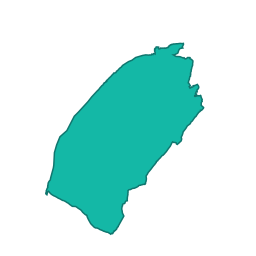 outline of Lørenskog nor, Akershus, Norway, rotated 34°
{"feature_id": "86288312B90903207900290", "entity_name": "Lørenskog nor", "entity_type": "district", "adm_level": 2, "iso_a3": "NOR", "parent_name": "Norway", "parent_adm1": "Akershus", "projection": "orthographic", "projection_center": [10.997, 59.897], "detail": "fine", "context": "isolated", "style": "filled", "palette": "teal", "viewbox_px": 256, "rotation_deg": 34, "n_neighbors": 0, "source": "geoboundaries", "source_scale": "gbopen_adm2", "svg_char_len": 5716}
<svg xmlns="http://www.w3.org/2000/svg" viewBox="0 0 256 256"><g transform="rotate(34 128 128)"><path d="M164.3,56.6L164.2,56.1L164.3,55.7L164.0,55.1L163.9,54.6L163.1,53.9L161.1,53.1L159.8,55.2L159.4,55.6L158.9,56.0L158.5,56.4L159.1,56.7L158.3,58.4L157.8,58.4L157.6,59.4L157.1,60.3L155.6,59.5L155.9,58.9L156.0,58.1L153.4,56.9L152.7,56.9L152.6,56.6L152.4,55.9L152.0,55.3L152.0,55.1L151.8,54.5L151.8,54.2L151.7,53.4L151.3,52.9L151.2,52.5L151.1,52.1L150.7,51.2L150.5,50.8L150.6,50.6L150.6,50.4L150.8,50.1L149.7,48.3L149.8,48.2L149.4,47.7L149.3,47.8L149.0,47.2L148.9,47.0L148.9,46.7L148.7,46.1L148.7,45.8L148.3,45.0L147.8,44.5L147.8,43.9L147.0,41.9L146.7,41.0L146.7,40.5L146.4,39.7L145.4,38.2L144.8,36.8L144.4,36.4L144.3,36.1L142.3,35.6L140.5,35.9L140.2,35.6L140.1,35.0L139.9,35.0L138.6,35.9L138.2,36.0L137.5,37.9L137.2,38.4L136.5,38.8L135.4,38.4L135.1,38.4L135.0,38.7L135.0,38.9L134.5,39.1L131.2,39.8L127.7,41.9L124.8,42.0L125.6,41.3L126.0,40.7L126.2,40.1L127.0,38.9L127.4,37.9L126.6,35.2L126.6,33.8L126.8,32.9L128.7,31.0L127.7,30.7L127.3,27.7L126.6,26.9L125.9,27.6L123.9,28.7L121.9,30.5L120.9,31.2L120.6,31.5L119.6,32.3L119.3,32.6L118.7,32.9L118.4,33.5L118.1,33.6L117.7,34.3L117.3,34.4L117.1,35.2L116.9,35.5L116.6,35.5L116.5,36.5L116.4,36.8L116.1,37.0L116.2,37.5L116.3,37.9L116.3,38.3L116.1,38.6L116.1,38.9L115.8,38.9L115.3,40.0L115.1,40.1L114.7,40.8L114.0,41.3L113.8,41.1L112.6,42.1L112.4,42.3L111.9,42.5L111.2,43.1L110.4,43.4L110.3,44.2L110.1,44.5L109.6,45.1L109.1,45.2L108.5,44.9L108.3,44.5L108.4,44.0L108.2,43.8L106.5,44.7L106.2,45.0L106.0,45.3L106.1,45.5L106.5,46.6L106.4,46.9L105.9,47.0L105.9,47.7L106.2,48.1L106.8,48.4L106.7,48.9L107.1,49.4L108.3,50.2L109.0,51.5L108.3,51.5L107.5,52.1L107.4,52.6L107.6,53.1L106.5,53.5L106.7,53.8L106.7,54.1L106.1,54.7L105.2,55.2L104.7,55.9L104.3,56.0L104.0,56.3L103.3,56.6L101.8,57.5L99.6,59.6L94.9,65.3L93.4,69.6L91.3,72.7L88.5,79.2L88.4,81.2L87.7,83.0L87.4,84.8L87.4,85.4L87.2,86.2L87.0,87.0L86.7,87.3L87.0,88.8L86.3,89.6L86.1,90.1L85.6,90.3L85.4,90.5L85.5,91.5L85.1,93.4L85.0,94.9L84.6,96.3L84.6,96.5L84.4,97.0L84.4,97.6L84.3,98.1L84.0,99.7L83.8,100.1L83.8,100.5L83.7,100.8L83.8,101.0L84.3,101.2L84.3,101.4L83.7,101.9L83.9,102.3L83.9,102.5L83.0,103.9L83.3,104.4L83.1,104.7L83.0,105.5L83.2,106.1L82.9,106.9L82.7,107.4L82.5,108.8L82.5,109.2L82.3,110.0L82.3,110.5L82.2,111.5L82.3,112.3L82.2,112.8L82.0,113.0L82.1,113.7L81.8,114.2L80.5,122.6L80.1,128.5L78.0,142.6L76.9,148.3L78.8,164.4L76.5,173.3L78.3,181.9L80.8,189.6L87.2,200.2L88.5,203.0L91.8,212.7L92.6,214.5L92.6,214.9L92.4,216.1L92.5,217.8L92.9,218.9L93.3,219.6L93.4,219.9L93.6,220.1L93.6,220.5L94.0,220.9L94.0,221.2L94.3,221.7L94.8,222.1L94.8,222.4L94.7,222.6L94.8,223.5L95.2,225.0L95.2,225.5L95.7,226.1L95.9,226.8L96.2,227.4L96.2,227.8L96.5,228.3L97.3,228.7L98.1,228.7L97.1,225.8L97.6,225.3L97.5,225.0L98.1,225.0L100.4,225.7L102.2,225.8L104.4,225.7L105.7,225.4L107.9,225.2L109.3,225.2L111.4,224.8L113.4,224.7L114.3,224.6L115.4,224.1L117.4,223.9L119.3,223.9L120.8,223.7L122.2,224.0L123.8,224.0L125.3,224.1L125.8,224.0L128.6,222.3L130.2,222.3L131.4,222.4L134.3,222.3L135.6,222.5L137.5,223.2L140.3,223.6L141.3,223.7L141.9,223.6L142.2,223.3L142.9,223.5L143.5,224.2L143.9,224.5L146.5,226.1L150.5,228.1L152.0,228.5L153.4,228.7L154.4,229.0L155.2,229.1L156.4,229.1L157.2,228.9L158.3,228.2L158.8,228.1L160.0,227.9L161.4,227.9L164.0,227.3L165.4,227.2L166.3,226.8L167.0,226.8L167.5,226.6L168.3,226.4L169.8,225.7L171.7,225.7L172.0,225.6L173.1,225.7L173.4,224.4L173.7,224.2L174.1,224.3L174.3,224.2L174.3,223.2L174.1,222.7L174.5,220.9L174.2,220.8L174.9,219.8L174.8,218.8L175.1,218.4L175.1,218.2L174.9,217.6L174.9,217.3L174.8,217.0L174.7,216.2L174.9,216.0L174.9,215.6L175.0,215.2L174.8,215.0L173.8,203.3L170.9,201.6L169.5,200.0L168.1,198.7L166.9,196.2L167.0,195.5L166.5,194.9L166.2,194.3L166.4,194.0L166.4,193.7L166.6,193.3L167.1,192.9L167.4,192.4L167.4,191.9L167.1,191.2L167.1,190.0L167.5,189.2L168.1,188.7L167.7,188.2L167.2,187.7L167.1,187.1L166.5,186.5L166.1,185.3L165.7,184.7L165.4,183.8L165.1,183.1L164.7,182.8L164.2,181.6L163.8,181.1L163.7,180.8L163.0,180.0L163.1,179.5L163.2,178.9L163.4,178.5L164.4,177.7L164.7,177.2L165.1,176.3L165.6,175.5L166.9,174.4L167.5,173.6L167.6,173.2L168.2,172.5L168.9,171.0L169.1,170.4L169.0,169.9L169.3,169.4L170.6,168.2L170.6,167.9L171.6,167.0L172.0,166.3L173.0,165.7L173.2,165.4L173.2,164.7L173.4,164.8L173.4,164.7L173.6,164.7L173.6,164.3L173.2,163.5L172.9,163.0L172.7,161.8L172.3,161.3L172.2,160.8L171.5,159.6L170.0,157.9L169.8,157.2L169.9,155.9L169.8,154.8L169.6,153.7L170.1,149.1L170.2,146.4L170.4,144.0L170.6,143.4L170.5,142.4L170.7,140.7L170.3,140.3L170.3,140.1L170.3,139.6L170.9,138.8L170.7,138.3L170.9,137.8L171.2,135.4L171.5,134.6L171.5,133.4L171.7,132.0L172.0,131.2L172.4,130.7L172.4,130.0L172.5,129.7L172.7,128.9L172.7,128.0L173.0,126.2L173.0,123.1L173.2,119.3L172.7,115.7L172.8,114.5L174.0,114.4L175.0,113.7L176.1,113.3L177.0,114.1L178.0,114.1L178.8,111.3L178.9,110.5L179.3,109.1L178.9,107.6L178.3,106.7L177.7,106.4L177.2,105.5L177.0,103.8L176.6,102.2L175.9,100.4L176.2,96.0L176.0,93.1L177.2,89.7L176.9,87.7L177.4,86.2L177.4,82.1L177.5,82.0L177.4,81.6L177.5,81.4L177.9,80.5L177.8,78.5L177.9,75.5L178.2,74.8L178.3,74.4L178.5,73.8L178.2,72.9L178.6,72.9L179.1,72.2L179.5,69.5L179.2,68.7L176.0,68.3L175.3,67.1L174.6,66.1L174.5,65.7L174.6,65.1L174.5,64.7L174.6,64.4L174.5,64.2L173.8,64.0L173.7,63.7L173.8,63.5L173.6,62.9L171.6,61.7L170.3,60.5L169.9,60.4L169.8,60.5L169.7,60.9L169.2,61.4L168.8,61.7L168.1,62.0L167.5,62.5L166.9,63.3L166.4,63.6L166.2,64.1L165.9,64.4L165.5,64.4L165.1,63.7L166.1,62.2L166.0,61.6L164.6,61.5L164.6,61.0L164.3,59.6L165.1,59.4L165.0,59.1L164.7,59.0L164.3,58.2L164.0,58.0L164.0,57.5L164.0,57.3L164.3,56.6Z" fill="#14b8a6" stroke="#0f766e" stroke-width="1.5"/></g></svg>